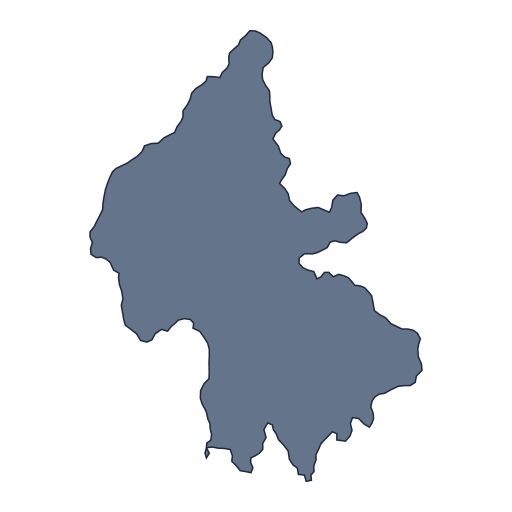 the district of Coluna, Minas Gerais, Brazil
{"feature_id": "56859067B97930882461373", "entity_name": "Coluna", "entity_type": "district", "adm_level": 2, "iso_a3": "BRA", "parent_name": "Brazil", "parent_adm1": "Minas Gerais", "projection": "albers", "projection_center": [-42.832, -18.236], "detail": "fine", "context": "isolated", "style": "filled", "palette": "slate", "viewbox_px": 512, "rotation_deg": 0, "n_neighbors": 0, "source": "geoboundaries", "source_scale": "gbopen_adm2", "svg_char_len": 3392}
<svg xmlns="http://www.w3.org/2000/svg" viewBox="0 0 512 512"><path d="M206.4,447.6L212.9,447.1L218.0,448.2L223.4,448.4L230.1,449.4L232.4,455.8L231.8,461.3L236.7,466.2L240.2,470.7L244.7,471.4L251.0,472.7L252.9,467.7L250.7,462.6L250.8,458.0L255.0,455.9L259.4,453.1L262.8,449.2L262.7,443.5L266.1,437.5L263.9,429.6L267.7,422.9L272.4,424.9L273.3,429.6L276.2,433.8L278.5,439.7L283.5,444.9L288.1,450.9L289.4,459.3L293.1,465.0L297.3,468.0L298.4,474.4L304.4,475.1L306.2,481.3L311.4,480.3L310.9,475.1L314.0,471.6L313.8,466.0L316.1,459.6L315.9,454.7L318.6,449.2L320.8,444.0L323.9,440.5L328.1,436.3L332.3,431.8L336.9,433.7L336.8,440.0L345.6,441.1L350.1,435.8L352.0,430.2L350.4,423.6L352.5,417.6L358.6,418.5L363.9,423.9L369.3,427.2L372.0,423.2L373.6,418.2L373.1,413.1L370.8,406.9L372.0,401.2L374.6,397.2L378.9,394.2L384.6,393.3L390.8,389.8L398.1,386.3L404.7,385.6L410.1,385.6L415.2,382.4L416.4,376.0L422.0,370.3L421.4,363.8L418.3,356.7L417.8,349.0L418.7,343.8L420.4,338.9L417.4,333.2L413.1,330.2L407.7,329.0L401.9,329.0L396.5,326.3L390.8,323.6L385.7,317.8L379.8,314.8L374.4,310.6L373.0,302.4L371.6,295.6L367.8,291.1L364.5,287.6L360.1,285.9L354.7,285.2L351.4,281.1L348.5,277.8L343.7,275.7L338.9,274.3L333.3,276.7L328.7,272.3L324.4,272.4L321.1,276.7L317.0,278.9L313.8,271.6L307.1,269.8L302.7,267.5L299.0,263.3L299.2,257.9L304.6,253.7L312.5,253.9L317.1,252.7L322.3,250.2L327.2,247.6L330.2,242.1L334.9,240.8L340.1,242.3L346.7,242.8L352.7,237.8L358.6,233.6L362.9,231.4L366.4,228.0L367.3,223.5L364.8,218.3L361.0,212.4L361.3,204.8L359.6,197.3L357.0,192.5L350.7,193.3L343.9,195.8L337.5,195.0L332.8,200.2L331.7,207.4L329.5,212.2L325.0,210.4L318.2,207.5L311.9,208.2L305.8,209.7L301.6,211.9L298.1,209.1L294.2,205.9L289.6,200.5L288.2,193.8L284.9,188.7L279.5,183.3L282.3,178.9L285.2,174.8L287.3,168.6L290.5,163.7L289.3,158.5L284.9,157.2L280.9,153.5L278.3,146.0L272.9,138.9L275.7,133.2L279.4,130.0L281.9,126.1L280.0,121.5L274.8,119.5L272.2,114.9L271.2,108.9L269.9,101.8L269.8,95.8L269.4,90.7L265.8,85.7L262.7,79.8L262.1,74.3L263.2,67.6L268.9,62.7L272.3,57.9L272.9,52.0L272.4,47.0L271.1,42.6L266.5,37.5L260.0,33.0L255.5,31.0L249.9,30.7L245.1,36.1L240.5,39.9L238.5,44.9L234.3,48.6L229.6,53.0L228.7,57.9L229.1,63.9L226.8,68.3L222.3,72.4L219.8,77.5L213.3,76.7L207.3,76.5L206.1,81.0L201.6,84.9L196.0,88.4L191.7,93.1L190.2,98.8L187.8,104.0L183.0,110.9L183.0,116.9L181.0,121.4L177.0,126.8L174.6,132.5L169.0,135.2L163.8,137.9L158.2,143.2L151.5,143.5L144.5,145.8L142.0,151.7L137.2,156.3L132.0,159.7L127.6,162.9L122.4,165.4L116.3,168.3L112.6,171.6L109.8,177.5L107.7,182.9L105.5,189.2L103.8,197.9L102.9,204.2L102.7,209.4L99.7,215.7L97.0,220.8L94.2,226.5L90.0,232.0L90.0,236.9L92.4,242.6L90.5,248.5L91.0,254.3L96.2,257.6L101.7,257.2L105.8,258.9L110.1,262.4L113.6,270.1L119.0,273.2L118.5,277.8L119.4,284.4L121.8,291.6L122.9,299.0L121.3,305.2L122.5,312.1L123.7,319.3L125.3,325.2L130.7,329.2L136.6,333.9L140.6,340.5L146.9,342.1L151.9,339.8L155.2,333.7L161.5,329.4L167.6,331.2L171.2,326.6L174.9,323.5L178.4,320.1L184.1,318.7L190.4,319.5L193.7,323.3L193.0,328.2L199.8,331.4L204.3,337.8L207.6,343.0L209.3,349.2L209.3,356.4L209.0,362.3L209.2,372.0L209.0,378.7L204.2,383.4L200.6,390.6L200.3,398.0L202.0,403.7L204.3,407.8L206.6,412.8L207.8,418.7L209.9,423.7L210.1,428.3L211.6,434.6L210.7,440.3L206.8,443.0L206.4,447.6ZM206.4,447.6L205.0,453.3L206.4,458.0L209.3,453.3L206.4,447.6Z" fill="#64748b" stroke="#1e293b" stroke-width="1.5"/></svg>